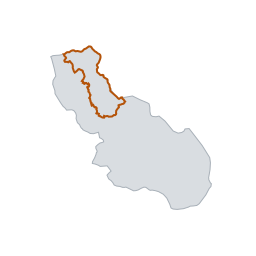 Košický highlighted on a map of Slovakia, rotated 234°
{"feature_id": "SVK-1057", "entity_name": "Košický", "entity_type": "Region", "adm_level": 1, "iso_a3": "SVK", "parent_name": "Slovakia", "parent_adm1": "", "projection": "orthographic", "projection_center": [21.122, 48.674], "detail": "fine", "context": "in_parent", "style": "outline", "palette": "amber", "viewbox_px": 256, "rotation_deg": 234, "n_neighbors": 0, "source": "natural_earth", "source_scale": "10m", "svg_char_len": 6572}
<svg xmlns="http://www.w3.org/2000/svg" viewBox="0 0 256 256"><g transform="rotate(234 128 128)"><path d="M231.1,107.4L230.7,109.7L229.2,112.3L227.4,115.1L225.9,118.4L224.0,125.5L222.7,128.8L217.3,135.3L217.0,144.3L216.2,145.0L203.7,148.1L202.0,147.7L200.3,145.9L199.3,144.7L198.8,143.7L197.6,141.3L196.2,139.5L194.1,138.1L192.1,136.4L189.6,136.4L182.8,138.7L178.1,139.0L175.0,138.2L170.8,136.8L162.7,136.5L157.1,137.8L156.6,139.5L151.3,150.4L143.7,154.4L137.1,158.4L135.2,159.2L132.0,157.9L128.4,155.4L125.3,154.0L123.1,154.5L120.6,157.3L119.4,160.1L111.9,162.0L99.0,162.8L94.4,165.5L92.8,168.8L92.6,171.4L93.7,173.6L92.2,176.1L91.6,177.1L82.4,177.4L70.2,177.7L62.9,177.2L56.0,176.7L51.5,174.3L46.0,169.8L40.2,163.8L39.7,163.7L38.8,163.0L35.1,162.4L34.0,162.7L31.9,160.7L31.4,158.3L28.2,151.8L24.9,141.2L24.9,138.2L26.6,134.9L28.2,132.4L28.5,130.3L28.7,129.8L30.1,125.5L33.2,120.0L36.0,116.8L38.0,115.8L41.8,117.0L48.5,118.2L53.7,117.6L58.6,115.3L61.3,113.2L63.6,111.0L64.4,109.5L65.5,108.8L69.5,107.6L70.8,106.1L71.5,103.1L71.9,99.8L72.8,97.4L73.9,95.6L81.4,91.6L82.1,90.1L83.3,88.6L85.5,87.1L87.7,84.7L90.0,83.3L92.8,83.6L95.4,83.4L97.5,82.6L98.4,82.5L102.2,83.3L102.8,86.1L103.1,89.0L109.6,88.9L113.3,82.9L115.2,82.2L118.2,80.2L120.3,78.3L121.6,79.5L123.5,83.5L125.5,86.7L126.7,88.0L126.8,89.0L128.0,89.6L130.3,90.0L131.9,91.0L132.3,93.9L132.3,96.6L131.5,98.5L131.1,100.2L132.7,100.9L135.1,100.3L136.8,99.3L141.9,101.6L143.7,96.7L145.8,94.2L148.4,93.1L150.8,91.6L153.0,90.5L154.5,90.6L155.1,90.2L157.0,90.3L159.1,90.8L162.0,90.2L166.1,91.5L168.6,93.7L171.0,94.5L173.9,94.4L175.8,93.2L178.6,88.8L180.6,88.9L183.8,88.2L188.3,88.3L198.6,89.1L201.2,90.8L207.6,92.8L210.4,95.2L211.7,98.1L212.4,100.1L219.0,103.1L228.8,106.9L231.1,107.4Z" fill="#d9dde1" stroke="#a8b0b8" stroke-width="1"/><path d="M225.3,119.3L225.2,119.4L225.0,120.0L225.0,120.5L225.1,120.9L225.2,122.8L225.1,123.2L224.8,123.8L224.5,124.2L224.2,124.5L223.9,124.9L223.8,125.6L223.9,126.8L223.7,128.0L223.3,129.0L222.7,129.8L222.2,130.1L221.3,130.4L220.8,130.7L220.6,131.1L220.2,132.0L220.0,132.4L217.6,134.4L217.1,135.3L217.0,136.4L217.5,138.6L217.4,139.5L217.0,140.4L217.0,144.3L216.3,145.2L215.7,145.7L215.0,145.9L212.8,145.7L212.2,145.8L211.5,146.0L209.6,146.2L209.1,146.4L208.0,147.0L206.4,147.3L204.5,148.3L203.4,148.4L202.3,148.0L201.3,147.3L200.4,146.3L198.3,143.1L198.0,142.6L197.6,140.3L197.2,139.7L196.6,139.5L195.3,139.5L194.7,139.3L194.4,138.9L194.1,137.8L193.9,137.4L193.5,137.1L192.9,136.8L191.7,136.1L191.1,135.9L189.2,136.5L188.0,136.6L187.4,136.7L186.7,137.1L186.4,137.6L186.2,138.2L185.8,138.8L185.2,139.1L184.8,139.0L184.3,138.6L183.7,138.3L182.5,138.6L179.7,139.9L178.7,139.7L178.0,139.0L177.0,138.5L175.9,138.3L175.0,138.4L173.7,138.3L171.7,137.1L170.6,136.9L170.1,136.8L169.0,135.8L168.4,135.5L167.8,135.5L160.1,137.2L157.9,137.4L156.8,137.8L156.8,138.2L156.7,138.7L156.8,139.6L156.8,139.8L156.8,140.0L156.8,140.4L156.3,141.1L156.2,141.2L155.6,140.7L154.8,140.7L154.5,140.8L153.9,141.2L153.6,141.2L153.0,141.1L151.5,141.2L151.3,141.2L151.4,140.9L151.5,140.8L151.4,140.7L150.7,140.3L150.6,140.1L150.5,139.9L150.5,139.6L150.5,139.3L150.4,139.1L150.3,138.9L150.3,138.6L150.4,138.3L150.5,138.0L150.6,137.8L150.8,137.5L150.9,137.2L151.2,135.9L151.3,135.6L151.4,135.4L151.5,135.2L151.7,134.8L151.9,134.1L152.0,133.7L151.9,133.6L151.6,133.4L151.3,133.3L151.1,133.2L150.7,133.2L150.2,132.9L150.0,132.7L150.0,132.4L150.0,132.2L149.8,131.2L149.1,129.0L148.9,128.6L147.0,127.0L146.5,126.9L146.3,126.6L146.1,126.3L146.0,125.6L146.0,125.3L146.0,125.1L146.1,124.9L146.4,124.6L146.6,124.4L146.8,124.1L146.8,123.8L146.7,123.3L146.7,122.9L146.7,122.3L146.7,122.2L146.7,121.8L146.9,121.5L148.6,118.9L149.4,118.7L150.0,118.2L150.4,117.1L150.6,116.7L150.8,116.5L151.9,115.8L151.4,115.2L150.9,115.0L150.5,114.9L150.4,114.8L150.4,114.7L150.9,114.3L151.3,113.7L151.5,113.5L152.0,113.2L153.6,112.5L153.8,112.3L153.9,112.2L154.0,112.2L154.1,112.3L154.2,112.2L154.4,112.2L154.9,111.6L155.1,111.5L155.3,111.7L155.6,111.8L156.4,112.4L156.9,113.2L157.1,113.3L157.0,113.2L156.9,113.0L156.8,112.7L156.9,112.4L157.8,112.2L157.7,111.7L157.8,111.5L157.9,111.3L158.2,111.0L158.3,111.0L158.5,111.0L158.5,111.6L158.7,111.9L159.7,112.7L160.5,113.2L161.3,113.3L161.6,113.3L161.8,113.4L161.8,113.6L162.3,114.3L162.5,114.4L162.9,114.4L163.4,114.4L163.7,114.2L163.9,114.1L164.0,114.0L164.2,113.8L164.2,113.7L164.1,113.4L164.3,113.2L164.5,113.1L165.2,113.1L167.4,113.5L167.5,113.4L167.4,113.1L167.3,112.9L167.3,112.6L167.3,112.4L167.2,112.1L167.3,111.8L167.8,111.9L168.6,112.3L169.2,112.4L169.4,112.5L169.3,112.8L169.4,113.1L169.8,113.3L170.0,113.3L171.3,113.1L172.1,113.7L172.8,113.8L173.8,114.5L174.0,114.5L174.1,114.4L174.4,114.3L174.9,114.2L175.1,114.2L175.2,114.3L175.3,114.6L175.3,114.9L175.3,115.0L175.4,115.3L175.6,115.5L176.2,116.1L176.3,116.2L176.3,116.3L176.3,116.5L176.6,116.9L176.7,117.1L176.9,117.1L177.0,117.1L177.6,117.0L179.0,117.5L179.7,117.6L179.9,117.6L180.5,117.3L180.8,117.4L180.9,117.5L181.1,117.6L181.3,117.7L181.4,117.8L181.5,118.1L181.7,118.3L182.0,118.6L183.0,118.5L183.5,118.7L183.9,118.7L184.1,118.8L184.4,119.0L184.5,119.1L185.0,119.0L185.2,119.3L185.1,119.5L184.9,119.7L184.8,119.8L184.6,120.2L184.5,120.3L184.5,120.5L184.9,121.3L185.6,121.9L185.9,122.1L186.4,122.2L186.9,122.1L187.0,122.1L186.9,121.9L186.7,121.7L186.7,121.4L186.8,121.2L187.0,121.1L187.7,121.0L187.8,121.0L188.3,120.8L188.9,120.8L189.0,120.7L189.3,120.3L189.4,119.9L189.5,119.2L189.5,118.9L189.3,118.7L189.5,118.5L189.9,118.4L190.0,118.4L190.4,118.6L190.6,118.8L190.7,118.7L190.8,118.5L190.8,118.1L191.0,118.0L191.1,118.4L191.3,118.6L191.7,118.8L192.0,118.9L192.3,118.8L192.5,118.7L193.1,118.3L193.5,119.4L193.5,119.7L193.6,120.2L193.7,120.6L193.9,121.0L194.1,121.2L195.1,123.1L197.4,124.0L198.4,124.2L199.0,124.2L199.3,124.2L199.6,124.3L200.2,124.8L200.6,124.9L201.0,124.9L201.3,124.9L201.5,124.8L201.6,124.7L201.8,124.6L201.8,124.4L202.1,124.2L202.9,124.0L203.5,123.5L204.2,123.3L204.4,123.1L204.5,123.0L204.6,122.7L204.7,122.4L204.7,122.2L204.4,121.5L204.4,121.4L204.4,121.2L204.4,120.9L204.2,120.2L204.2,119.3L204.1,119.1L204.1,118.9L204.1,117.5L205.5,117.5L209.0,118.6L209.5,118.9L209.7,119.0L209.8,119.1L210.0,119.4L211.6,120.3L212.4,120.5L213.1,120.5L214.2,120.3L216.2,120.3L216.4,120.2L216.5,120.0L216.5,119.8L216.4,119.2L216.2,118.7L216.2,118.3L216.3,118.2L217.2,117.8L218.5,115.9L219.5,115.9L220.1,116.2L220.2,116.4L220.3,116.6L220.3,116.8L220.3,117.1L220.9,118.4L220.9,118.8L221.0,119.1L221.3,119.2L222.5,119.2L223.4,118.9L223.6,118.9L225.3,119.3L225.3,119.3Z" fill="none" stroke="#b45309" stroke-width="2"/></g></svg>